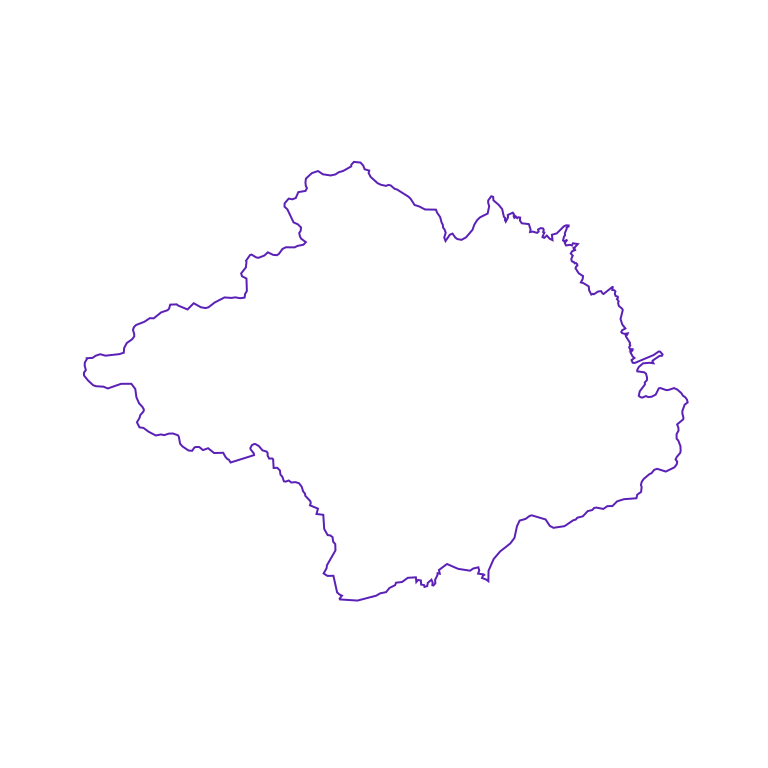 Ciuperceni, Gorj, Romania (Albers equal-area conic projection), rotated 157°
{"feature_id": "2599482B36533127285019", "entity_name": "Ciuperceni", "entity_type": "district", "adm_level": 2, "iso_a3": "ROU", "parent_name": "Romania", "parent_adm1": "Gorj", "projection": "albers", "projection_center": [22.982, 44.916], "detail": "fine", "context": "isolated", "style": "outline", "palette": "violet", "viewbox_px": 768, "rotation_deg": 157, "n_neighbors": 0, "source": "geoboundaries", "source_scale": "gbopen_adm2", "svg_char_len": 6166}
<svg xmlns="http://www.w3.org/2000/svg" viewBox="0 0 768 768"><g transform="rotate(157 384 384)"><path d="M343.0,596.6L346.8,595.9L351.6,596.8L358.3,600.9L361.5,605.8L368.0,606.3L375.6,603.6L377.6,600.1L378.5,597.0L378.4,594.4L380.8,592.4L387.9,594.1L392.5,589.7L396.2,589.8L399.3,591.9L404.9,589.1L406.3,586.1L404.7,582.6L404.1,568.1L400.9,564.7L399.2,560.5L400.9,557.5L403.0,556.2L403.7,552.8L403.5,550.2L400.5,545.1L403.7,543.7L409.6,544.9L412.9,544.7L420.9,548.2L424.6,548.0L429.8,544.9L432.2,544.4L435.6,546.2L439.5,550.6L443.9,549.0L450.2,549.2L452.1,550.4L455.4,554.9L457.0,555.0L462.9,551.3L462.8,550.3L465.6,545.3L472.3,541.6L472.6,538.7L469.4,534.8L473.9,523.2L476.6,521.2L478.6,518.0L482.9,519.2L487.1,521.9L490.7,522.8L497.0,526.0L507.9,525.2L515.6,523.2L518.6,523.6L522.6,526.2L527.6,532.7L535.7,529.4L542.7,536.5L543.7,538.3L549.8,540.6L552.4,537.3L554.4,536.5L561.2,537.0L570.3,534.4L573.8,536.1L580.4,534.9L589.1,535.2L591.9,534.1L593.9,532.0L594.4,527.7L595.3,525.4L598.3,523.6L604.8,522.2L609.2,518.6L611.3,514.5L615.9,514.9L629.3,518.9L633.6,522.3L638.3,522.7L642.1,521.9L647.6,523.9L647.8,523.0L651.0,520.7L652.4,517.7L653.0,513.3L655.7,511.8L656.8,509.0L655.1,503.0L652.2,496.5L650.0,494.5L643.2,491.1L640.0,487.8L626.0,486.9L616.5,482.9L614.9,476.6L617.1,468.5L617.0,461.9L615.3,457.2L615.0,454.3L616.1,452.7L620.5,450.6L622.2,448.4L626.4,445.3L626.0,439.6L622.6,437.6L619.3,432.0L614.2,425.8L609.0,424.7L606.3,422.8L601.5,422.4L597.6,420.9L593.7,417.3L593.5,415.6L595.0,408.6L593.9,405.3L589.9,399.1L586.7,397.5L583.4,399.6L582.0,399.6L578.6,398.1L576.5,393.9L571.0,393.6L567.4,386.9L558.9,383.5L558.4,378.7L557.5,376.1L556.4,375.0L555.9,371.7L531.4,369.3L531.0,371.1L532.3,376.0L532.1,377.2L529.5,379.3L527.1,379.5L525.9,379.0L523.4,375.7L521.8,370.4L518.4,367.6L518.1,365.9L519.1,363.6L518.9,360.3L516.0,359.1L515.5,358.0L518.4,349.8L515.0,348.6L513.6,345.1L514.7,341.1L513.8,338.2L514.2,333.6L512.8,332.6L509.4,332.4L507.8,329.5L503.9,328.3L501.0,325.9L499.9,321.5L500.4,316.8L499.6,314.1L500.1,311.8L497.6,304.9L497.9,303.2L499.5,301.2L493.5,295.1L496.9,290.7L491.0,287.3L495.7,273.9L494.9,266.9L492.7,265.7L491.2,263.2L492.4,258.7L491.4,255.7L493.7,249.8L507.4,239.4L508.8,236.9L513.6,233.2L511.1,229.5L505.5,227.2L508.6,210.5L507.3,207.7L505.4,205.6L508.6,203.9L508.7,202.9L493.0,195.0L473.9,192.2L469.3,192.8L463.4,191.6L458.7,194.1L452.3,194.5L450.6,196.4L444.7,194.7L437.8,196.3L430.2,193.6L431.6,189.1L429.2,190.3L426.8,188.7L428.2,184.9L425.7,183.2L426.0,181.4L423.2,181.1L421.4,183.8L416.8,185.3L416.8,182.2L418.1,180.0L417.3,179.2L414.6,180.5L413.6,183.6L409.5,187.2L408.6,188.9L406.8,187.6L406.1,191.3L396.4,193.7L388.0,184.9L377.7,178.5L374.1,179.3L368.8,178.4L369.2,175.1L371.5,172.7L366.8,169.9L366.4,169.1L368.0,168.8L369.6,167.2L366.2,163.9L365.0,161.7L360.7,171.3L351.5,180.0L342.5,184.5L330.0,187.9L324.0,191.4L317.2,201.1L312.5,205.3L306.4,204.5L301.4,205.7L299.2,205.3L288.2,196.2L286.8,188.6L284.2,185.4L273.4,182.6L263.3,184.6L260.4,184.3L258.3,185.4L252.7,184.5L246.1,187.4L241.6,186.6L238.9,187.8L236.9,187.3L230.9,183.3L226.1,184.3L221.4,182.4L215.3,184.9L208.1,184.2L196.3,180.2L194.1,183.2L189.5,184.2L187.1,188.5L186.9,190.8L184.9,193.3L182.1,195.1L175.0,197.3L172.5,197.4L168.9,199.4L165.7,199.2L158.8,193.3L149.3,193.8L145.9,195.7L144.4,198.0L145.1,200.6L143.1,202.4L138.2,204.9L137.1,206.5L135.4,210.9L135.2,217.0L136.0,219.3L134.3,223.5L131.1,226.0L130.1,228.8L130.0,232.3L122.5,234.5L121.6,235.7L120.8,240.5L119.9,242.6L115.3,247.5L111.7,248.4L111.2,251.2L111.9,254.2L113.3,256.2L113.9,259.5L116.2,264.3L118.6,266.9L124.8,267.4L126.7,268.2L131.2,272.3L132.8,272.6L138.0,268.1L142.5,267.7L145.9,268.7L147.7,270.6L151.4,270.5L153.1,271.7L154.1,273.6L151.4,277.4L144.0,281.6L143.3,283.6L140.6,284.7L139.4,286.9L138.8,291.1L139.9,293.1L145.9,296.7L145.4,298.0L142.8,300.1L137.5,301.8L131.3,299.8L127.9,297.8L128.0,300.2L127.5,300.6L119.5,302.2L117.0,301.4L116.0,302.4L117.2,305.9L118.4,306.6L124.6,305.3L145.1,305.4L146.8,306.4L146.8,309.3L143.3,310.1L144.3,312.1L144.8,316.6L142.4,317.8L143.9,318.4L142.3,319.2L143.9,319.9L144.0,322.0L142.2,323.3L142.4,324.3L141.5,325.7L142.7,333.3L142.5,334.3L140.9,334.3L139.8,335.4L142.9,336.1L144.9,337.8L145.3,339.1L143.9,340.4L140.1,340.8L141.4,345.7L140.9,351.4L135.3,358.8L135.4,360.4L137.3,364.0L136.9,367.1L135.7,368.4L136.4,371.2L135.0,371.9L134.7,373.1L136.4,374.6L136.2,377.0L134.8,378.8L135.3,380.2L137.1,381.4L135.6,383.8L135.9,384.1L146.7,381.1L147.4,381.9L147.9,384.7L151.0,385.5L155.8,384.6L156.5,385.4L158.2,385.3L158.6,390.0L157.4,393.9L161.0,398.9L163.1,400.6L160.2,402.9L158.6,405.6L161.5,409.8L162.5,415.7L161.2,417.1L159.7,417.4L159.4,418.8L160.0,420.3L161.4,420.6L161.6,422.3L162.8,422.9L163.1,424.2L162.7,426.0L160.1,428.4L161.1,431.1L159.0,432.7L155.7,432.6L155.7,434.4L156.6,434.2L156.3,435.4L155.3,435.1L150.9,437.1L155.1,439.7L156.9,438.1L158.5,439.5L162.3,440.4L162.5,443.2L158.9,445.2L162.4,444.9L163.1,446.2L160.7,449.4L159.4,450.0L158.5,452.3L155.2,455.5L154.8,456.6L152.5,456.9L152.1,457.8L154.3,458.9L156.7,458.9L166.2,455.1L171.1,455.8L172.7,450.6L174.8,453.1L176.1,457.0L179.5,455.9L180.7,457.4L177.2,460.8L178.1,461.7L176.7,463.5L176.8,465.0L178.9,466.3L181.8,466.0L182.1,463.9L184.0,463.3L187.6,466.2L190.2,466.8L188.7,468.9L188.2,474.6L194.4,478.1L195.0,481.4L193.6,484.0L195.0,484.9L196.6,484.6L197.2,486.2L199.1,486.0L199.1,487.3L197.2,486.7L198.5,489.2L198.1,490.0L198.5,491.4L204.0,491.2L204.8,488.8L208.5,485.8L208.6,487.8L207.5,489.6L208.3,491.0L206.9,498.8L208.5,504.3L211.5,510.3L210.4,513.6L211.9,514.9L216.3,512.3L217.3,510.2L217.7,506.6L222.0,500.4L230.4,499.9L234.0,498.6L238.7,495.3L242.2,491.4L251.2,486.9L256.3,486.4L259.9,488.8L261.1,490.9L262.2,495.7L265.1,495.7L271.5,491.6L271.3,495.3L268.1,499.1L267.9,502.7L268.5,504.8L267.6,507.8L267.9,509.8L267.1,515.8L268.2,521.1L268.1,524.2L278.0,528.6L282.3,533.8L285.9,536.8L287.1,543.9L288.2,546.7L295.9,557.8L298.0,559.6L300.2,564.1L302.0,565.5L304.8,565.6L309.2,568.8L311.5,571.5L315.4,579.9L315.7,584.3L314.2,586.2L317.9,589.2L317.8,593.2L319.1,597.0L324.9,600.2L328.3,598.7L329.2,597.1L338.3,596.1L343.0,596.6Z" fill="none" stroke="#5b21b6" stroke-width="2"/></g></svg>